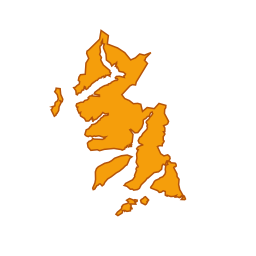 outline of Loppa nor, Finnmark, Norway, rotated 229°
{"feature_id": "86288312B40106717450016", "entity_name": "Loppa nor", "entity_type": "district", "adm_level": 2, "iso_a3": "NOR", "parent_name": "Norway", "parent_adm1": "Finnmark", "projection": "orthographic", "projection_center": [21.938, 70.216], "detail": "fine", "context": "isolated", "style": "filled", "palette": "amber", "viewbox_px": 256, "rotation_deg": 229, "n_neighbors": 0, "source": "geoboundaries", "source_scale": "gbopen_adm2", "svg_char_len": 5896}
<svg xmlns="http://www.w3.org/2000/svg" viewBox="0 0 256 256"><g transform="rotate(229 128 128)"><path d="M194.1,113.5L190.5,113.2L187.3,111.0L186.2,111.6L187.0,113.3L185.6,115.4L186.6,118.3L185.8,119.4L187.9,122.3L186.7,122.7L185.7,121.6L184.5,121.8L184.2,123.5L184.7,125.8L184.4,126.7L185.2,130.0L184.9,131.0L185.2,131.7L184.8,132.8L184.8,135.0L184.2,136.0L184.5,138.8L183.3,141.0L183.7,141.6L183.0,143.8L182.3,144.2L181.8,143.3L181.5,144.0L182.2,145.8L181.8,145.8L181.3,147.3L179.0,148.3L180.5,149.0L180.0,149.7L180.9,151.4L182.3,150.9L183.3,152.0L191.7,150.7L197.4,152.1L198.6,154.2L202.2,154.9L203.4,157.1L207.5,159.8L208.2,160.9L208.0,161.7L208.3,162.6L210.1,163.9L211.0,166.3L208.3,164.1L206.8,165.3L205.9,163.3L204.5,162.0L198.2,159.9L193.5,156.3L188.5,157.3L185.4,156.4L185.4,159.9L184.7,160.3L184.9,162.4L183.9,161.5L182.8,158.9L181.7,160.0L180.8,159.1L180.4,159.8L176.5,158.5L173.0,161.2L170.4,161.6L169.9,160.6L170.0,159.0L168.6,158.4L172.7,155.5L174.5,153.1L174.3,151.4L173.3,151.1L172.2,152.4L171.3,152.1L171.1,151.0L172.5,149.1L173.4,145.4L173.1,144.1L174.0,142.5L174.1,141.9L173.7,141.4L174.1,140.7L173.9,140.7L175.2,138.5L175.8,136.4L176.5,132.3L176.0,131.5L176.4,130.7L176.7,126.3L175.9,124.8L171.6,128.1L170.5,127.2L175.2,122.4L176.4,122.6L176.2,121.5L177.1,120.3L177.1,117.9L176.0,117.7L176.0,115.6L177.1,113.5L176.9,111.1L178.4,109.2L179.9,105.1L178.8,103.4L177.3,103.0L176.7,103.8L175.6,102.1L171.3,100.8L170.9,102.5L169.5,100.7L168.2,100.1L163.8,101.4L160.8,100.8L159.0,103.0L159.2,106.3L159.5,106.7L159.7,107.7L159.4,106.8L158.5,107.2L158.0,107.1L159.2,107.6L159.3,107.8L158.0,107.4L157.9,107.0L158.3,106.8L157.5,106.3L156.7,106.8L155.8,105.3L156.4,107.2L155.4,110.3L155.7,113.0L155.5,115.2L156.2,119.2L153.7,120.0L151.9,122.6L151.0,121.9L151.2,121.3L150.9,121.0L153.2,117.7L152.8,117.1L153.2,113.5L152.4,112.1L152.8,110.7L152.4,108.2L152.8,105.5L154.3,102.7L153.5,100.7L153.8,99.6L153.2,98.2L154.0,95.2L151.3,91.1L149.4,91.3L147.5,92.4L147.4,93.4L146.5,94.6L145.1,95.0L144.2,97.3L143.1,97.9L141.2,101.0L137.0,103.5L135.9,105.4L135.9,103.7L135.4,103.5L136.0,102.3L135.9,101.5L141.9,95.1L143.3,94.5L142.6,92.9L143.1,90.3L143.5,90.1L143.2,87.4L139.8,85.3L135.5,85.3L131.7,90.6L129.5,91.7L127.5,96.0L121.8,104.0L115.9,109.0L115.1,109.0L114.3,111.8L115.2,113.2L114.3,114.2L115.1,114.9L115.1,116.0L113.3,116.0L113.2,117.5L113.9,118.0L112.6,117.5L111.8,118.5L112.7,119.2L113.4,118.6L113.2,119.4L114.2,118.9L113.6,119.9L114.6,120.9L114.4,121.5L114.8,122.1L119.9,127.6L125.5,128.2L125.2,129.3L119.8,130.0L118.1,132.4L119.3,138.8L121.6,142.7L123.9,144.6L124.0,146.3L123.5,147.4L123.9,150.2L123.0,151.6L124.7,155.0L124.3,156.7L122.5,156.0L121.9,153.5L121.9,152.0L121.1,149.8L121.0,146.4L120.4,145.4L117.5,144.8L117.1,143.5L115.7,143.1L114.6,141.4L114.1,135.6L113.0,132.7L113.2,130.6L111.7,127.3L109.1,126.5L105.8,128.1L105.5,127.8L106.3,127.1L106.1,126.7L107.0,124.1L107.1,122.5L106.7,120.9L105.3,120.7L104.9,121.4L102.9,117.5L99.4,115.0L96.8,111.6L92.4,110.5L92.0,109.9L92.3,109.2L91.7,109.3L92.6,108.9L91.8,107.1L90.4,106.6L87.9,101.8L86.8,101.2L85.9,97.5L87.8,89.6L87.3,88.7L87.2,87.4L84.6,89.0L80.3,89.6L78.9,91.3L77.4,91.5L75.3,94.8L75.0,97.0L76.5,100.8L76.8,106.6L77.5,109.8L77.1,110.3L77.2,118.5L74.9,122.3L74.8,126.3L77.3,129.2L77.6,130.8L75.8,131.6L77.7,135.7L77.2,136.3L75.8,134.5L74.4,134.2L75.1,132.1L72.3,128.9L70.1,127.5L68.9,125.5L68.4,122.3L69.4,119.5L69.3,117.9L70.4,114.5L70.4,112.9L69.1,109.5L68.4,106.2L67.7,105.9L61.2,109.3L58.9,109.3L57.8,110.9L57.5,113.4L55.6,114.5L52.9,112.1L51.5,112.5L50.9,113.0L51.4,113.4L48.1,115.4L46.1,118.1L45.4,120.2L44.8,118.4L43.4,120.3L41.8,121.0L41.7,123.2L41.2,122.6L40.6,124.7L39.6,124.5L39.1,121.3L36.7,123.8L36.7,124.8L39.6,125.8L41.4,125.3L47.5,126.6L52.1,129.1L55.8,132.9L59.1,133.1L61.3,134.9L68.1,136.5L68.3,137.5L67.6,138.4L67.7,139.5L69.3,140.5L70.6,140.5L73.5,137.6L75.0,137.8L75.6,136.9L76.5,137.5L77.3,139.7L79.0,140.7L81.7,140.4L83.4,136.8L87.1,135.8L94.7,138.0L94.1,140.0L92.1,142.2L93.7,143.8L93.6,144.9L94.4,146.7L95.6,146.6L98.3,148.8L99.2,151.9L101.9,152.3L101.1,153.4L103.8,155.8L106.4,156.4L105.3,159.4L105.2,160.7L106.4,163.0L115.0,165.0L118.1,168.0L118.5,169.7L120.2,171.4L126.2,167.5L125.4,160.5L130.9,155.9L131.0,149.8L137.5,153.2L140.2,151.5L142.8,148.0L147.8,147.0L152.4,144.8L157.2,145.2L158.5,157.1L157.9,159.7L155.5,161.9L157.3,164.4L163.9,185.0L168.4,184.9L168.4,185.9L169.3,187.2L169.9,194.7L172.2,188.2L176.2,185.4L176.1,179.6L177.6,174.7L187.0,175.0L195.2,172.7L205.0,167.5L210.6,173.8L219.3,171.7L213.6,164.8L212.7,149.6L212.9,147.5L211.4,145.7L206.2,144.0L204.6,138.9L196.6,131.0L199.4,127.1L198.6,124.4L196.6,121.8L194.8,122.0L193.2,120.2L193.5,116.7L193.3,115.1L194.1,113.5ZM103.7,112.1L108.1,109.7L111.4,104.8L114.0,98.0L114.1,94.1L114.7,91.1L116.7,87.2L118.2,80.2L118.0,77.6L116.3,74.6L110.4,69.7L108.3,67.1L105.8,61.9L104.3,61.3L103.9,62.1L103.8,63.5L104.5,64.3L104.4,65.5L105.0,66.6L104.5,67.8L104.6,69.6L104.1,70.4L101.3,70.5L101.2,72.6L102.2,74.8L102.9,79.2L102.2,83.5L101.8,89.9L101.1,93.2L100.9,97.6L101.2,101.6L100.8,103.0L103.9,109.5L103.7,112.1ZM205.2,99.9L204.1,98.6L203.5,96.5L199.6,96.5L195.7,94.5L194.7,92.4L195.0,91.0L194.8,89.4L192.7,87.3L193.9,84.5L193.1,85.1L192.1,82.7L192.2,82.0L185.2,80.1L185.0,82.2L185.9,83.4L185.5,83.9L186.7,87.2L189.3,90.0L191.1,94.4L194.0,94.6L191.2,94.9L191.0,95.6L192.5,97.7L197.6,99.3L202.2,102.6L205.2,99.9ZM72.7,71.5L71.7,70.7L71.3,69.4L71.4,64.7L70.8,62.3L68.5,62.9L67.7,67.7L68.7,69.5L69.4,69.6L67.9,71.4L67.3,71.0L67.2,71.8L65.8,72.4L63.9,75.5L65.8,77.3L64.4,77.8L64.7,78.4L66.7,78.3L67.0,79.3L69.3,79.7L65.4,84.0L68.4,84.8L66.9,85.7L66.7,86.7L67.5,87.6L69.4,86.2L69.8,85.0L73.8,82.9L74.4,79.5L71.9,79.9L71.3,78.6L73.1,74.5L73.2,72.9L72.6,72.3L72.7,71.5ZM65.1,90.0L62.9,89.0L58.8,90.6L58.6,91.9L59.5,94.5L60.0,94.3L60.1,96.3L64.7,96.1L65.1,95.0L64.9,93.3L65.3,91.2L65.1,90.0Z" fill="#f59e0b" stroke="#b45309" stroke-width="1.5"/></g></svg>